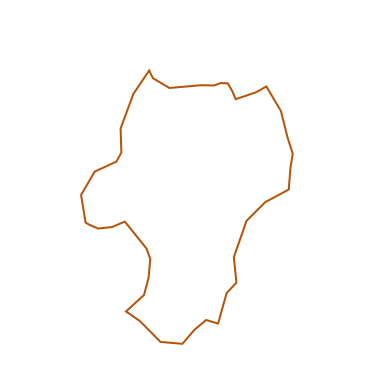 the Province of Karabük, rotated 149°
{"feature_id": "TUR-5520", "entity_name": "Karabük", "entity_type": "Province", "adm_level": 1, "iso_a3": "TUR", "parent_name": "Turkey", "parent_adm1": "", "projection": "equal_earth", "projection_center": [32.657, 41.183], "detail": "fine", "context": "isolated", "style": "outline", "palette": "amber", "viewbox_px": 384, "rotation_deg": 149, "n_neighbors": 0, "source": "natural_earth", "source_scale": "10m", "svg_char_len": 681}
<svg xmlns="http://www.w3.org/2000/svg" viewBox="0 0 384 384"><g transform="rotate(149 192 192)"><path d="M166.1,318.2L166.9,309.7L157.8,292.8L129.5,279.0L118.1,271.9L111.4,270.6L105.4,266.8L105.5,258.0L106.8,249.1L85.9,244.5L73.9,244.1L74.1,215.5L82.0,189.6L86.0,172.8L94.9,162.4L107.8,144.3L134.4,145.6L160.1,139.2L189.7,114.6L200.6,91.4L214.4,87.5L237.4,65.8L245.8,75.0L260.6,72.7L278.4,66.8L296.2,79.7L303.1,108.1L310.1,123.6L286.1,128.5L273.3,141.0L262.3,156.0L260.1,166.8L264.8,201.2L278.6,203.2L291.3,209.0L296.6,216.4L299.0,220.5L288.6,246.6L264.9,259.6L241.1,257.0L232.2,262.2L220.5,283.2L191.7,306.3L166.1,318.2Z" fill="none" stroke="#b45309" stroke-width="2"/></g></svg>